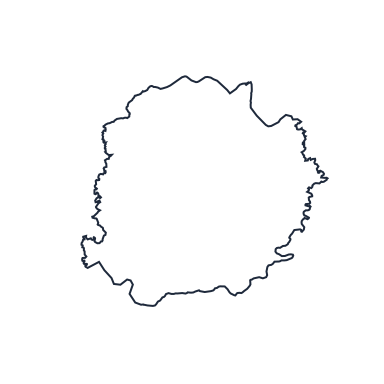 Sikasso, Sikasso, Mali (Robinson projection), rotated 239°
{"feature_id": "8926073B43266503533040", "entity_name": "Sikasso", "entity_type": "district", "adm_level": 2, "iso_a3": "MLI", "parent_name": "Mali", "parent_adm1": "Sikasso", "projection": "robinson", "projection_center": [-5.843, 11.532], "detail": "fine", "context": "isolated", "style": "outline", "palette": "slate", "viewbox_px": 384, "rotation_deg": 239, "n_neighbors": 0, "source": "geoboundaries", "source_scale": "gbopen_adm2", "svg_char_len": 6004}
<svg xmlns="http://www.w3.org/2000/svg" viewBox="0 0 384 384"><g transform="rotate(239 192 192)"><path d="M86.7,172.5L85.1,172.9L81.7,175.1L81.0,175.9L82.0,178.3L81.9,179.2L81.0,181.0L80.0,182.2L79.9,183.4L80.3,185.7L80.6,189.5L81.9,193.2L82.7,194.5L86.4,196.4L86.5,197.1L86.1,198.1L86.2,200.3L84.4,205.7L81.5,208.3L80.8,211.7L82.0,213.6L85.5,214.9L88.9,218.0L89.7,219.8L88.7,222.5L88.8,224.3L89.8,226.8L87.6,230.8L87.3,231.9L87.3,233.5L85.8,235.9L84.8,238.1L84.0,243.4L84.2,244.4L85.3,246.0L86.3,246.2L87.7,244.6L88.6,242.7L89.3,238.7L90.8,236.0L93.8,234.6L95.7,233.1L97.9,232.8L99.9,234.3L100.3,235.8L99.8,237.4L98.8,238.7L98.9,242.1L97.8,244.4L97.9,247.2L98.7,248.2L99.1,249.6L100.4,251.8L101.3,252.2L102.7,251.8L103.4,252.7L104.4,254.8L104.7,256.2L106.7,260.1L104.3,265.4L103.4,266.0L101.9,265.3L101.3,265.7L102.2,268.5L104.0,270.1L108.0,269.6L109.4,270.2L110.5,271.0L111.4,273.0L111.4,274.1L111.8,275.1L109.2,277.0L109.3,278.5L109.8,279.0L113.3,277.0L114.1,276.2L115.8,276.4L117.0,277.1L117.5,277.7L117.7,280.1L116.6,281.9L116.4,283.4L116.9,284.4L117.7,284.8L118.4,286.1L119.5,285.8L119.9,284.4L122.1,282.4L122.8,282.8L123.0,283.3L121.5,286.5L121.8,287.7L123.0,288.2L124.8,288.1L127.1,289.2L127.2,290.3L126.4,292.8L127.2,293.3L129.1,293.4L132.8,290.8L133.1,292.8L133.9,293.6L135.3,293.3L135.7,294.7L133.9,296.3L134.5,297.9L135.6,298.6L136.2,301.0L135.9,302.6L133.7,305.7L134.3,308.2L133.6,308.6L132.9,310.2L133.1,313.7L133.7,314.3L133.9,315.2L134.9,314.7L135.7,313.1L137.9,310.2L139.0,311.4L138.9,313.7L139.6,314.5L141.5,314.5L144.1,313.0L144.3,312.2L143.1,311.5L143.0,310.8L143.4,310.1L144.4,310.2L145.1,310.7L146.7,310.6L147.7,311.0L148.4,312.8L148.9,313.6L149.9,313.3L151.3,313.4L152.8,311.9L154.3,312.1L155.9,314.1L157.1,314.6L158.1,312.6L158.4,310.3L160.2,310.7L160.4,308.7L159.4,307.5L160.5,305.1L162.1,306.7L164.4,306.0L165.1,306.8L166.0,306.9L166.7,306.4L168.9,306.7L169.6,306.5L169.6,309.2L170.5,311.4L171.6,312.0L172.6,311.2L174.0,311.8L174.3,312.3L176.0,311.5L177.3,312.5L177.3,313.2L176.4,313.5L178.1,314.5L178.8,316.6L180.8,316.9L181.2,318.2L182.5,317.1L183.9,317.6L185.3,317.2L185.7,317.9L185.1,318.9L185.6,320.4L189.1,318.5L190.2,318.9L190.0,316.9L190.9,315.1L191.7,314.4L194.1,315.2L195.4,314.5L195.9,315.0L195.7,316.8L196.4,318.3L195.6,319.3L196.0,321.7L200.0,320.0L202.2,315.8L205.7,316.2L209.7,312.2L208.8,305.2L207.3,302.1L207.8,293.9L209.0,291.2L211.5,289.8L224.1,286.8L234.0,285.8L236.6,287.2L238.4,288.6L239.8,289.0L241.4,290.5L245.4,293.3L246.2,293.6L247.3,294.9L249.0,296.0L253.5,298.5L255.9,298.9L256.2,296.3L255.8,292.8L256.9,294.7L256.9,294.4L257.6,293.6L258.7,291.3L259.3,288.5L258.9,286.4L257.6,282.8L257.0,275.3L261.3,274.7L274.4,270.9L277.6,268.5L280.4,267.0L282.6,264.6L283.6,262.5L283.3,254.9L283.5,253.3L284.1,252.0L287.9,249.0L293.4,246.9L294.1,246.4L294.8,245.5L295.5,242.5L294.5,228.3L294.8,224.7L295.9,220.2L296.6,218.1L299.1,216.5L301.1,214.4L301.7,213.3L303.1,212.6L303.8,211.8L304.1,210.6L303.7,208.4L302.5,206.2L302.6,203.9L303.1,202.0L303.7,201.8L302.5,198.3L302.7,197.9L302.8,196.3L303.2,195.5L303.5,193.4L303.9,193.0L303.8,192.3L302.8,190.9L302.4,189.3L301.6,188.0L301.2,183.8L299.9,182.0L298.6,181.1L298.4,179.6L297.0,178.6L295.9,178.8L293.8,178.7L291.6,179.2L290.8,178.7L290.8,178.3L289.0,177.1L288.7,174.6L289.7,173.7L290.4,172.3L290.6,170.8L291.7,169.4L293.3,165.3L293.1,162.4L292.5,161.0L293.2,159.6L293.4,156.9L294.1,155.2L294.3,152.5L293.9,151.2L294.0,150.1L293.5,149.7L292.4,150.1L291.5,150.8L290.0,150.2L289.0,149.3L290.0,148.6L290.1,147.8L289.6,147.5L289.1,145.8L287.9,146.1L286.9,144.5L285.2,144.3L283.4,142.5L282.8,143.2L281.9,143.1L281.6,142.5L280.9,143.0L280.3,141.8L279.8,141.8L278.9,143.6L278.6,142.7L277.6,142.8L277.4,142.0L276.6,141.1L275.5,141.3L274.8,140.0L274.2,139.7L273.4,140.1L272.7,139.5L271.5,139.2L270.9,138.8L271.0,138.2L269.9,138.3L266.5,139.7L265.2,142.4L264.7,140.6L264.9,139.3L263.3,137.7L264.1,136.4L264.0,133.7L262.8,133.5L262.1,133.1L260.4,133.1L257.6,131.6L258.2,129.4L257.7,128.4L256.1,128.2L255.3,127.6L254.5,127.9L254.4,128.6L253.5,128.3L252.8,127.3L253.6,125.9L252.9,124.9L254.5,123.1L254.7,121.5L253.6,119.9L252.4,119.0L250.9,119.3L250.1,118.6L250.6,117.3L251.5,116.3L251.1,115.2L248.0,113.8L247.4,111.9L246.7,111.5L245.7,111.4L243.9,112.2L243.5,111.5L244.0,110.6L243.9,109.4L240.8,107.5L239.9,108.0L239.8,109.1L240.5,110.0L240.4,110.4L239.4,110.8L238.1,110.6L237.1,109.9L235.8,110.9L234.3,111.2L234.1,110.1L234.5,110.1L235.9,108.8L235.7,106.9L234.5,104.6L232.9,104.1L232.3,105.4L232.6,106.4L232.2,108.2L230.6,108.1L230.5,106.0L228.7,102.0L228.1,101.8L226.2,102.1L223.7,103.7L223.5,101.4L222.9,100.3L221.8,95.3L222.2,93.8L221.2,93.5L219.4,95.2L218.8,96.2L218.0,96.5L213.9,95.8L212.7,94.4L212.0,94.6L210.8,95.8L208.7,96.3L207.6,97.0L207.0,97.1L205.2,96.3L201.6,97.2L199.8,95.7L200.0,94.0L197.6,91.1L196.5,90.4L196.0,89.4L196.5,88.5L195.8,86.4L196.8,84.5L199.0,83.2L200.0,83.1L202.1,85.0L202.8,85.1L203.8,84.6L203.7,84.3L202.4,83.6L202.0,82.7L202.1,82.2L203.0,81.4L204.4,81.4L205.1,78.2L207.2,77.7L207.9,77.8L208.9,78.6L209.7,75.7L209.2,75.4L207.9,75.6L206.8,75.4L207.2,74.1L205.8,72.6L205.1,71.1L203.7,70.1L202.5,70.8L201.1,69.5L200.2,70.4L199.5,70.4L197.6,69.2L196.5,69.4L193.7,67.8L191.1,68.2L190.6,66.5L191.8,64.2L191.1,63.3L189.6,62.6L189.2,62.8L188.6,64.4L188.1,64.3L187.1,62.6L186.6,62.4L185.9,62.5L184.9,64.3L184.5,64.8L184.0,64.6L183.7,64.0L184.0,63.0L183.6,62.4L182.7,62.3L180.7,63.4L180.0,76.3L170.1,76.6L159.7,78.7L153.4,77.7L149.4,82.9L150.4,91.3L147.8,93.8L143.1,93.6L136.8,86.0L126.5,86.4L121.6,90.3L120.7,92.3L120.1,92.6L120.0,92.9L117.7,95.4L114.5,99.8L113.8,101.8L114.2,103.4L115.6,106.3L115.4,108.8L116.9,112.4L116.5,113.8L116.8,115.3L117.9,117.1L117.4,119.8L115.3,121.8L114.0,123.9L113.5,125.8L112.6,127.1L110.4,131.6L108.3,134.1L108.0,135.6L108.2,136.6L106.2,139.3L105.2,141.4L105.0,143.6L104.1,147.4L103.0,147.7L99.7,151.4L97.3,157.1L96.7,159.4L96.9,160.7L97.6,162.0L96.9,164.1L97.1,166.2L96.6,167.6L94.2,171.4L90.4,172.4L86.7,172.5Z" fill="none" stroke="#1e293b" stroke-width="2"/></g></svg>